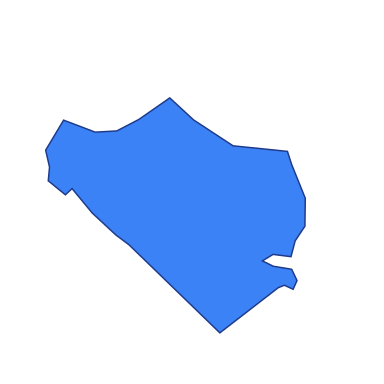 the district of Metcalfe, Kentucky, United States of America, rotated 317°
{"feature_id": "52423323B28840304058725", "entity_name": "Metcalfe", "entity_type": "district", "adm_level": 2, "iso_a3": "USA", "parent_name": "United States of America", "parent_adm1": "Kentucky", "projection": "equal_earth", "projection_center": [-85.626, 37.0], "detail": "fine", "context": "isolated", "style": "filled", "palette": "blue", "viewbox_px": 384, "rotation_deg": 317, "n_neighbors": 0, "source": "geoboundaries", "source_scale": "gbopen_adm2", "svg_char_len": 534}
<svg xmlns="http://www.w3.org/2000/svg" viewBox="0 0 384 384"><g transform="rotate(317 192 192)"><path d="M113.5,61.6L104.8,76.6L94.5,85.8L97.5,107.7L106.6,107.7L104.7,139.4L107.0,171.5L109.9,187.5L116.3,314.0L189.8,320.8L196.0,323.2L199.6,332.1L208.4,328.4L212.2,316.5L200.8,301.7L196.5,290.4L208.7,292.9L220.3,306.8L234.1,298.1L251.3,294.0L270.6,273.8L283.7,239.7L289.5,227.4L253.5,186.2L242.3,140.3L239.9,108.0L202.7,102.7L178.6,96.0L162.0,82.2L147.1,51.9L113.5,61.6Z" fill="#3b82f6" stroke="#1e3a8a" stroke-width="1.5"/></g></svg>